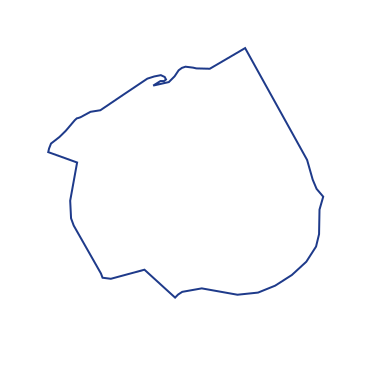 the Province of Baghdad, rotated 238°
{"feature_id": "IRQ-3063", "entity_name": "Baghdad", "entity_type": "Province", "adm_level": 1, "iso_a3": "IRQ", "parent_name": "Iraq", "parent_adm1": "", "projection": "natural_earth1", "projection_center": [44.431, 33.304], "detail": "fine", "context": "isolated", "style": "outline", "palette": "blue", "viewbox_px": 384, "rotation_deg": 238, "n_neighbors": 0, "source": "natural_earth", "source_scale": "10m", "svg_char_len": 798}
<svg xmlns="http://www.w3.org/2000/svg" viewBox="0 0 384 384"><g transform="rotate(238 192 192)"><path d="M285.9,313.3L158.2,306.6L138.5,300.9L128.6,299.3L118.5,300.8L109.5,290.8L88.9,277.4L80.0,268.3L72.3,252.0L68.7,232.7L68.5,212.9L71.7,194.7L80.8,176.1L105.1,149.2L112.5,130.8L112.4,125.9L111.4,121.7L151.3,110.5L161.4,77.2L166.7,70.7L171.1,71.6L226.2,73.9L233.8,75.5L249.2,84.1L277.9,110.2L302.0,91.2L304.6,93.8L307.8,98.1L308.9,108.8L310.8,117.4L315.0,130.6L315.5,133.4L315.0,134.8L314.5,137.0L313.8,148.4L309.9,157.6L310.9,185.6L311.8,214.2L310.0,221.2L307.6,227.5L304.0,229.8L301.2,229.6L300.9,227.0L302.8,224.0L302.8,215.5L297.5,230.6L299.3,238.5L302.3,245.2L302.6,249.2L301.7,252.9L296.9,258.8L294.5,261.2L287.1,272.4L285.9,313.3Z" fill="none" stroke="#1e3a8a" stroke-width="2"/></g></svg>